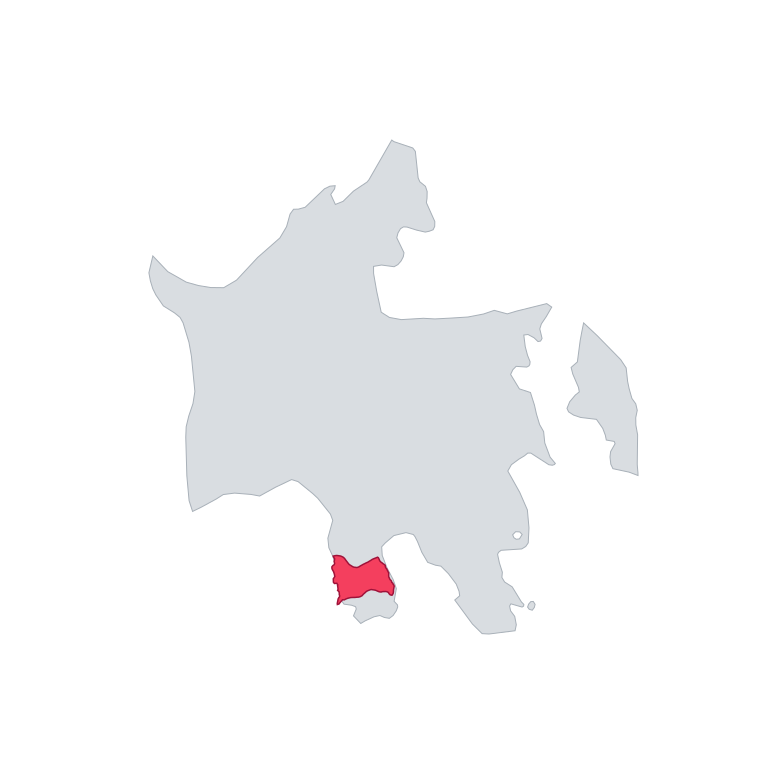 location of Zaqatala District, Zaqatala, Azerbaijan, rotated 212°
{"feature_id": "54616110B4759617374649", "entity_name": "Zaqatala District", "entity_type": "district", "adm_level": 2, "iso_a3": "AZE", "parent_name": "Azerbaijan", "parent_adm1": "Zaqatala", "projection": "mercator", "projection_center": [46.691, 41.618], "detail": "fine", "context": "in_parent", "style": "filled", "palette": "rose", "viewbox_px": 768, "rotation_deg": 212, "n_neighbors": 0, "source": "geoboundaries", "source_scale": "gbopen_adm2", "svg_char_len": 5192}
<svg xmlns="http://www.w3.org/2000/svg" viewBox="0 0 768 768"><g transform="rotate(212 384 384)"><path d="M506.7,595.0L504.0,594.8L484.7,599.4L480.7,597.9L464.2,576.8L460.8,574.5L453.6,573.6L449.4,570.1L446.0,564.4L444.1,560.2L427.0,548.7L424.5,544.5L424.1,540.8L426.6,537.5L429.5,534.7L437.9,531.8L447.6,529.3L450.7,527.6L452.3,524.5L452.2,519.6L450.7,514.8L436.6,505.9L435.1,502.2L434.7,497.5L435.5,492.6L437.6,488.8L449.1,483.6L455.2,478.2L451.4,472.2L439.1,458.5L424.4,443.4L414.7,443.3L403.4,447.8L385.4,460.6L375.4,466.1L362.4,475.2L348.3,485.3L336.7,496.1L329.5,504.9L316.6,508.8L310.1,516.2L288.6,538.4L282.5,538.1L282.1,527.1L282.4,518.4L281.1,513.3L274.1,506.4L274.0,503.4L275.9,501.6L281.2,502.7L288.1,502.3L291.4,499.6L284.0,490.5L277.5,484.4L271.9,480.3L270.7,477.8L270.7,476.1L271.9,474.0L281.3,469.0L282.3,464.4L281.7,459.2L266.6,451.6L255.3,454.4L245.2,445.8L238.7,439.2L230.6,432.1L223.4,428.2L216.4,419.2L204.4,410.0L196.6,407.4L196.8,406.0L198.2,404.3L201.4,402.9L222.9,403.2L225.5,401.6L226.8,397.6L229.8,391.7L233.2,383.1L232.9,375.8L211.4,364.0L195.7,353.2L184.8,338.8L177.5,325.7L177.7,321.3L179.8,317.1L196.6,305.0L197.7,301.9L197.4,299.7L191.4,293.5L183.9,287.1L181.5,282.4L176.8,280.0L167.8,279.9L152.0,272.0L148.6,271.2L147.9,269.6L148.7,268.0L159.9,264.8L159.8,262.2L156.4,258.7L150.0,256.2L144.2,249.9L142.1,244.2L162.5,227.6L168.5,224.3L181.8,227.3L209.5,238.3L207.6,244.5L210.4,247.9L216.7,252.6L228.9,257.3L239.2,259.7L244.4,257.6L252.4,255.9L262.7,261.3L272.2,268.2L276.9,271.0L279.4,271.9L286.6,269.6L295.3,260.7L298.7,249.9L299.7,244.7L294.6,237.6L284.2,229.8L272.6,223.0L265.1,217.0L260.3,205.1L255.5,203.8L254.2,202.2L253.4,198.1L253.6,192.5L255.3,188.1L260.0,186.2L264.8,185.5L269.1,181.3L274.5,173.1L276.8,168.6L287.0,171.2L288.3,178.5L290.1,180.1L294.3,179.2L301.3,176.1L306.9,178.5L314.1,187.2L324.0,196.5L329.4,202.6L331.5,206.9L336.6,211.1L344.0,215.9L349.9,223.5L355.2,241.2L360.5,245.3L379.6,252.0L386.3,253.3L405.1,255.7L411.7,254.0L421.4,238.8L430.1,223.1L438.2,219.9L452.9,212.3L461.7,205.1L465.4,197.4L473.7,182.7L478.8,174.5L487.5,181.8L502.5,201.6L523.9,233.8L529.1,242.9L532.6,253.4L535.6,266.1L540.4,277.4L562.1,305.6L571.5,316.0L586.8,329.4L592.2,332.4L599.4,333.3L612.5,333.3L624.6,338.6L630.6,342.3L636.7,347.6L642.3,353.7L647.9,370.1L626.9,364.7L605.7,365.6L593.7,369.1L582.2,373.9L571.0,380.7L564.1,393.9L558.2,424.3L549.7,452.7L550.0,465.8L553.7,478.3L553.3,484.3L549.4,486.8L544.5,492.1L537.9,518.0L534.7,523.1L530.5,526.3L529.3,523.3L529.6,516.5L520.4,510.5L515.5,517.2L512.1,531.4L505.4,546.3L505.0,549.2L506.7,595.0ZM194.1,328.5L195.0,324.3L192.4,322.5L189.6,322.4L187.1,324.4L187.1,329.6L190.5,330.5L194.1,328.5ZM124.8,447.5L121.6,443.3L120.1,441.0L129.5,439.1L145.0,433.5L149.2,436.2L153.7,441.9L156.0,446.8L156.4,455.8L158.3,457.3L165.8,454.3L169.2,457.9L175.0,462.3L185.1,466.6L199.6,459.8L206.8,458.1L212.7,458.2L215.9,460.3L217.1,467.4L215.9,476.0L214.2,480.8L217.3,484.2L229.2,492.5L234.1,497.2L231.7,505.2L240.6,524.7L243.6,532.3L247.1,541.6L228.9,538.0L196.2,530.1L187.2,526.0L178.7,515.2L173.6,509.9L166.1,503.1L160.0,500.6L155.3,495.9L152.7,488.9L148.7,482.7L142.0,475.3L126.7,450.1L124.8,447.5ZM144.2,277.2L142.2,278.7L139.1,277.2L138.1,274.1L138.4,270.7L141.5,269.9L144.0,270.9L144.7,273.9L144.2,277.2Z" fill="#d9dde1" stroke="#a8b0b8" stroke-width="1"/><path d="M335.9,211.2L335.3,210.6L334.0,210.0L333.2,209.6L332.6,208.2L332.3,207.1L331.3,206.2L330.7,205.5L330.5,204.3L331.1,203.1L331.2,202.6L331.3,201.3L330.5,200.1L329.7,199.4L328.6,198.8L327.3,198.1L326.1,197.1L325.1,196.2L324.4,195.4L323.7,194.7L323.7,193.4L323.8,191.9L323.0,190.8L322.3,189.7L321.6,188.9L320.2,188.6L318.9,189.7L318.3,190.0L317.6,189.5L316.6,189.1L316.6,188.4L315.8,187.6L314.9,186.5L314.2,185.6L314.0,184.4L312.1,184.0L311.0,182.8L310.4,181.8L309.3,180.8L308.9,179.8L309.1,179.0L309.0,177.4L308.4,175.9L307.4,173.2L306.7,172.3L305.6,173.6L305.5,175.1L305.1,177.4L304.8,179.1L303.3,179.9L302.5,181.3L301.5,182.7L300.5,183.8L299.0,185.3L297.1,186.6L295.4,187.7L294.3,188.6L292.5,189.9L291.5,191.0L290.4,192.9L290.1,194.9L289.5,196.8L289.0,198.7L288.3,200.0L287.3,201.3L286.8,202.0L286.0,202.9L283.9,203.8L283.5,204.0L281.9,204.6L278.5,205.1L277.0,205.6L276.0,206.2L275.7,206.7L274.6,207.6L273.5,208.3L272.5,209.0L271.0,209.5L269.8,209.5L268.6,208.9L268.1,208.7L266.9,208.5L265.3,209.1L265.2,210.1L265.3,211.4L265.7,212.4L266.1,213.2L266.8,214.3L267.2,215.3L267.7,216.6L268.2,217.9L269.0,218.7L270.1,219.0L270.8,219.7L272.4,219.9L273.0,220.7L274.2,221.2L275.1,221.3L276.0,221.8L276.6,222.3L277.6,222.8L278.3,223.7L278.7,224.3L279.9,226.3L281.5,227.2L283.5,228.5L285.1,229.1L286.0,229.7L286.9,230.9L288.0,231.1L289.5,231.1L290.8,231.3L292.0,231.3L294.0,231.8L295.1,232.7L296.3,233.4L296.7,233.7L297.7,233.7L298.9,232.0L299.9,230.7L301.0,229.1L301.7,227.5L302.5,226.0L303.2,224.5L304.3,222.9L305.2,221.4L306.1,220.0L306.9,218.5L307.7,217.1L308.5,215.4L309.7,214.0L310.6,213.6L312.5,212.7L313.8,212.5L316.8,212.5L317.9,212.5L319.7,213.1L321.0,213.6L322.9,214.3L324.1,214.8L325.1,215.2L326.8,215.5L328.8,215.3L330.0,215.0L331.8,214.2L333.3,213.5L334.4,212.6L335.5,211.5L335.9,211.2Z" fill="#f43f5e" stroke="#9f1239" stroke-width="1.5"/></g></svg>